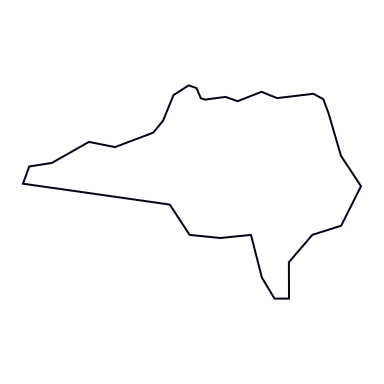 outline of Barnsley
{"feature_id": "GBR-5688", "entity_name": "Barnsley", "entity_type": "Metropolitan Borough", "adm_level": 1, "iso_a3": "GBR", "parent_name": "United Kingdom", "parent_adm1": "", "projection": "orthographic", "projection_center": [-1.511, 53.509], "detail": "fine", "context": "isolated", "style": "outline", "palette": "ink", "viewbox_px": 384, "rotation_deg": 0, "n_neighbors": 0, "source": "natural_earth", "source_scale": "10m", "svg_char_len": 497}
<svg xmlns="http://www.w3.org/2000/svg" viewBox="0 0 384 384"><path d="M220.3,238.0L189.6,234.9L169.8,204.6L23.0,183.7L29.2,166.5L51.9,162.9L88.9,141.9L114.9,147.1L153.3,132.6L163.0,120.8L173.5,95.1L188.7,85.4L196.5,88.1L200.8,98.2L205.1,99.6L225.6,96.9L237.6,101.2L261.5,91.8L277.1,98.1L313.4,93.8L323.3,99.2L328.6,113.5L341.0,155.9L361.0,186.2L341.2,225.7L312.4,234.8L288.9,262.2L289.0,298.6L274.5,298.6L261.8,277.4L251.0,234.9L220.3,238.0Z" fill="none" stroke="#020617" stroke-width="2"/></svg>